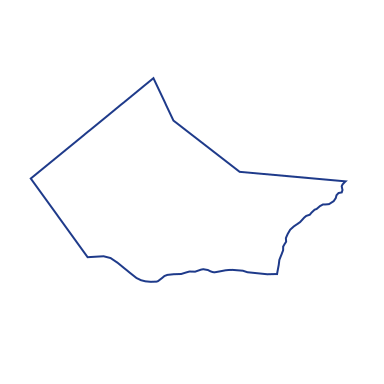 outline of Arvaixeer, Övörhangay, Mongolia, rotated 318°
{"feature_id": "93677404B27145008288474", "entity_name": "Arvaixeer", "entity_type": "district", "adm_level": 2, "iso_a3": "MNG", "parent_name": "Mongolia", "parent_adm1": "Övörhangay", "projection": "robinson", "projection_center": [102.807, 46.251], "detail": "fine", "context": "isolated", "style": "outline", "palette": "blue", "viewbox_px": 384, "rotation_deg": 318, "n_neighbors": 0, "source": "geoboundaries", "source_scale": "gbopen_adm2", "svg_char_len": 1459}
<svg xmlns="http://www.w3.org/2000/svg" viewBox="0 0 384 384"><g transform="rotate(318 192 192)"><path d="M240.9,208.9L226.0,126.5L231.0,109.8L231.7,107.7L239.5,81.6L227.1,81.0L200.7,79.8L197.8,79.6L175.2,78.6L156.7,77.7L155.5,77.6L151.2,77.4L150.3,77.4L81.2,74.1L76.4,119.0L76.2,120.5L70.8,170.6L78.2,176.5L83.3,180.6L87.3,186.6L89.4,195.1L90.6,203.0L91.3,207.2L91.4,208.0L91.7,210.0L93.2,218.8L93.6,219.8L94.2,221.2L95.0,223.3L97.6,227.2L101.2,231.1L105.7,234.9L107.1,235.5L112.3,235.9L115.3,236.0L118.2,237.1L123.3,240.8L129.1,245.7L132.8,247.4L134.3,248.1L136.9,249.4L140.9,253.2L141.0,253.3L143.4,254.3L144.3,254.7L146.7,255.7L148.7,256.9L150.1,258.7L151.6,260.6L152.6,263.2L153.7,265.2L154.8,266.6L156.3,267.6L159.7,269.7L164.5,272.6L167.2,274.6L170.0,277.0L173.4,280.6L177.1,284.5L179.5,288.7L192.9,303.5L199.9,309.5L200.2,309.8L200.3,309.9L201.4,309.0L207.7,304.2L211.5,300.9L215.3,299.0L217.4,298.0L218.1,297.6L220.3,296.5L220.9,296.1L223.3,293.5L223.8,293.4L225.8,292.7L227.7,292.2L228.7,291.9L230.9,289.1L232.6,288.3L235.1,287.2L239.8,285.7L244.6,285.7L252.2,286.7L258.3,286.1L260.9,286.2L264.3,287.7L267.0,287.3L271.3,287.2L273.2,288.0L277.7,288.1L278.8,288.4L279.3,288.5L281.0,288.9L282.9,290.6L285.7,292.7L291.2,293.6L294.8,292.7L297.2,291.1L300.2,290.8L303.0,292.5L305.2,291.2L305.9,289.9L306.3,289.3L307.1,287.9L307.5,287.7L309.0,287.1L311.4,286.9L312.6,286.8L313.2,286.8L240.9,208.9Z" fill="none" stroke="#1e3a8a" stroke-width="2"/></g></svg>